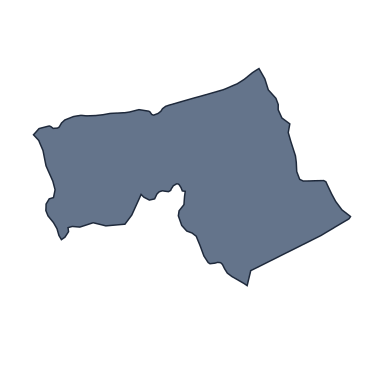 Quamishli, Hasaka (Al Haksa), Syria, rotated 344°
{"feature_id": "27442178B53577550578456", "entity_name": "Quamishli", "entity_type": "district", "adm_level": 2, "iso_a3": "SYR", "parent_name": "Syria", "parent_adm1": "Hasaka (Al Haksa)", "projection": "mercator", "projection_center": [41.203, 36.804], "detail": "fine", "context": "isolated", "style": "filled", "palette": "slate", "viewbox_px": 384, "rotation_deg": 344, "n_neighbors": 0, "source": "geoboundaries", "source_scale": "gbopen_adm2", "svg_char_len": 2652}
<svg xmlns="http://www.w3.org/2000/svg" viewBox="0 0 384 384"><g transform="rotate(344 192 192)"><path d="M219.2,297.2L224.9,287.1L225.1,286.8L226.6,284.1L226.7,283.8L238.1,281.7L263.1,277.0L303.3,269.5L303.6,269.4L303.9,269.4L309.8,267.8L318.3,265.6L318.8,265.4L334.6,261.3L335.6,261.0L337.6,259.3L337.3,258.8L331.2,250.5L327.5,240.7L325.7,232.5L324.1,222.9L323.5,219.0L321.7,217.3L313.0,215.0L307.7,213.7L301.9,212.1L299.0,209.5L298.3,201.2L300.4,192.3L301.4,185.8L300.9,170.6L300.9,161.4L304.8,153.5L298.8,145.6L297.5,136.7L299.0,131.7L298.5,125.1L293.5,114.9L293.2,103.4L290.4,91.8L286.4,92.9L283.9,93.7L283.6,93.8L282.9,94.0L273.3,98.1L269.3,99.3L268.2,99.6L265.1,100.5L264.9,100.5L263.2,100.7L261.4,100.9L253.2,102.0L250.1,102.3L228.6,102.3L226.4,102.3L220.4,102.2L216.1,102.2L214.8,102.2L210.2,102.2L194.0,102.2L190.1,102.4L190.0,102.5L188.4,103.1L186.6,103.8L184.7,105.5L184.3,105.8L181.2,107.1L180.6,107.2L180.3,107.2L177.8,107.4L176.4,107.6L174.8,106.5L174.7,106.4L174.4,105.6L173.6,103.3L173.4,103.1L172.7,102.4L167.6,100.0L163.7,98.2L162.7,98.2L161.6,98.1L160.8,98.1L154.1,97.9L153.9,97.9L153.3,97.8L150.9,97.5L150.4,97.4L149.3,97.3L147.9,96.9L141.6,95.5L141.4,95.4L137.1,94.4L134.9,93.9L127.8,93.2L120.2,91.9L119.5,91.7L112.2,89.9L111.2,89.6L110.2,89.2L107.5,88.1L106.3,87.7L105.0,87.5L103.8,87.4L102.7,87.2L98.8,86.8L89.6,87.7L85.6,89.7L82.3,92.9L81.3,93.2L80.3,93.5L77.7,92.9L77.2,92.8L76.9,92.8L76.1,92.6L75.2,91.4L74.5,90.4L73.7,89.7L73.0,89.2L71.2,89.1L67.3,89.0L63.6,88.9L62.4,88.9L61.6,89.4L58.0,91.7L56.2,92.8L55.4,93.3L58.3,99.0L58.9,100.3L59.2,103.1L60.2,111.0L59.3,121.6L58.9,126.6L59.6,131.8L61.2,143.2L61.0,152.1L59.4,155.2L57.3,159.2L52.9,159.2L48.4,163.4L47.5,166.3L46.4,169.6L47.0,175.3L50.4,183.2L52.1,190.1L52.1,197.1L53.2,201.2L53.3,201.8L56.9,200.6L57.3,200.5L59.9,198.3L62.4,196.1L63.0,192.1L67.4,192.1L74.5,194.8L80.8,194.6L88.5,194.3L96.6,198.9L99.8,200.8L118.4,204.4L118.6,204.5L127.7,197.6L139.4,183.9L142.4,180.3L144.3,183.7L148.8,188.0L153.8,188.3L154.2,188.3L155.7,186.6L157.6,184.4L160.2,182.9L161.7,182.7L164.0,182.7L165.6,183.5L169.5,185.2L171.9,184.6L173.1,183.1L174.4,182.1L174.9,181.6L175.8,180.8L177.2,180.5L179.4,179.9L180.6,180.3L181.5,181.1L181.7,181.6L182.6,184.6L182.9,187.3L183.0,188.3L185.7,189.5L183.7,194.0L182.5,197.2L180.8,201.9L176.5,205.0L174.4,206.5L172.3,211.1L172.9,221.3L175.5,226.7L176.3,228.2L177.6,229.1L180.8,231.5L182.1,233.3L183.9,235.7L184.1,237.9L185.0,245.9L185.8,256.8L188.1,264.3L189.5,265.9L194.4,266.7L197.2,266.7L200.0,267.8L201.3,270.0L202.2,274.9L203.6,279.7L207.1,284.3L216.9,294.4L219.2,297.2L219.2,297.2Z" fill="#64748b" stroke="#1e293b" stroke-width="1.5"/></g></svg>